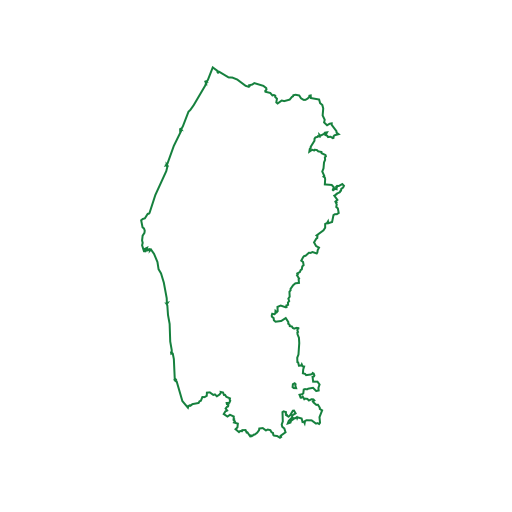 outline of Marche, Macerata, Italy, rotated 224°
{"feature_id": "23120603B49951072422318", "entity_name": "Marche", "entity_type": "district", "adm_level": 2, "iso_a3": "ITA", "parent_name": "Italy", "parent_adm1": "Macerata", "projection": "equal_earth", "projection_center": [13.047, 43.328], "detail": "fine", "context": "isolated", "style": "outline", "palette": "green", "viewbox_px": 512, "rotation_deg": 224, "n_neighbors": 0, "source": "geoboundaries", "source_scale": "gbopen_adm2", "svg_char_len": 6149}
<svg xmlns="http://www.w3.org/2000/svg" viewBox="0 0 512 512"><g transform="rotate(224 256 256)"><path d="M150.4,117.2L145.9,117.5L145.8,119.1L144.4,120.2L144.9,121.2L142.6,123.5L140.1,122.5L139.7,123.2L134.8,122.2L134.2,123.0L134.8,123.5L133.6,124.3L133.6,125.8L132.9,126.5L132.4,129.7L132.8,132.8L133.8,134.2L131.6,136.9L127.7,137.4L127.0,139.3L124.7,140.7L122.4,140.0L120.8,140.5L119.3,139.3L118.3,139.3L115.7,141.2L112.5,141.9L112.2,143.3L113.4,143.8L112.3,149.7L115.8,151.6L118.5,151.4L120.4,152.6L121.8,155.6L128.5,162.1L128.2,163.4L126.0,164.5L124.9,163.1L123.8,163.2L123.7,162.5L121.0,163.0L120.8,165.3L122.0,170.3L121.3,171.2L118.2,170.3L119.2,166.6L117.9,164.8L117.9,160.1L116.8,157.6L115.5,160.1L116.3,161.8L115.7,165.0L116.3,165.5L115.1,166.5L114.7,168.4L113.7,167.9L114.0,168.8L110.3,170.8L107.2,168.9L106.4,170.1L104.9,169.5L106.1,171.3L105.6,172.9L101.8,176.4L96.5,177.1L95.5,178.6L93.9,179.0L94.1,180.5L98.4,184.2L101.2,190.9L103.8,190.3L104.8,191.2L108.1,192.0L109.2,190.8L112.9,190.6L114.1,190.9L113.7,192.6L115.1,192.7L116.5,191.6L117.6,188.8L119.8,188.9L121.6,187.5L121.8,186.5L124.7,187.3L124.9,185.7L125.5,185.1L128.3,186.4L126.7,188.8L126.6,190.1L128.9,193.1L128.3,194.3L126.6,195.6L126.3,196.8L123.4,200.8L118.9,200.7L117.5,202.8L119.5,204.5L121.0,207.7L124.5,208.3L127.6,205.3L131.4,208.4L130.7,209.6L131.0,210.6L132.8,211.5L133.9,211.2L133.6,210.4L134.3,208.8L137.2,205.1L138.8,205.3L140.8,204.2L143.3,207.3L144.6,209.9L145.9,209.0L147.8,209.8L147.4,208.6L148.9,206.9L151.7,208.7L152.5,208.4L155.7,211.5L157.0,214.6L164.3,223.3L168.3,227.0L171.7,228.5L173.1,229.7L173.0,230.5L174.8,231.4L175.4,232.8L174.8,234.0L176.9,232.5L178.1,230.3L179.5,229.8L181.3,230.2L183.0,229.0L184.2,229.9L185.8,229.7L186.8,230.9L191.5,232.0L192.7,226.8L196.3,222.3L198.5,222.2L200.2,223.6L202.5,223.4L203.4,224.2L204.2,225.7L202.3,226.9L202.2,228.1L203.8,230.0L202.0,230.0L202.1,231.4L205.2,234.3L203.8,237.5L198.9,239.8L198.5,240.4L199.8,241.5L199.0,243.2L200.7,244.7L200.8,246.6L203.1,247.8L203.5,250.1L207.1,253.5L207.3,255.4L208.3,256.3L209.0,260.8L208.7,263.7L206.4,266.5L209.3,269.0L209.3,269.7L213.1,270.6L213.1,271.7L214.2,272.1L213.3,274.9L214.1,276.9L213.8,278.2L215.5,280.7L215.4,282.5L218.0,284.4L220.2,284.1L221.3,288.0L221.3,289.6L220.5,290.5L220.2,295.1L218.9,296.1L218.1,298.1L214.1,300.0L214.3,301.1L215.7,303.1L216.5,305.8L219.7,304.9L223.7,306.1L224.7,310.4L224.4,311.4L225.7,313.1L226.7,312.9L225.3,321.3L225.9,324.4L228.5,327.1L227.8,329.1L228.2,330.8L226.8,329.7L224.9,333.3L228.7,339.3L228.3,340.8L226.9,342.2L226.4,344.4L230.2,347.1L232.3,347.0L233.7,349.1L236.2,350.1L235.7,350.6L236.6,350.9L236.4,352.9L241.6,353.8L240.9,356.3L241.3,356.7L240.0,360.1L240.5,361.1L240.2,362.0L241.3,363.5L240.9,365.8L241.5,367.6L243.9,367.7L245.1,363.8L246.2,362.9L245.6,361.7L246.4,361.9L246.4,361.3L244.5,360.0L245.8,359.1L246.2,356.9L246.7,356.9L247.7,359.5L250.9,359.7L256.2,355.3L259.6,359.3L261.1,360.3L262.6,360.0L262.7,361.1L267.0,362.8L268.3,365.9L272.1,370.6L273.1,373.2L275.0,374.8L275.0,376.3L276.2,376.9L280.2,375.5L281.2,376.3L283.9,374.5L285.8,374.5L287.6,373.2L287.5,372.3L289.4,371.4L290.1,368.1L291.7,370.4L291.7,371.8L292.5,372.5L294.0,379.5L295.4,381.1L295.6,382.6L294.5,384.4L294.7,385.2L293.2,386.1L294.7,387.3L293.2,387.3L291.9,391.1L292.1,392.6L290.8,394.3L290.0,391.3L288.2,392.0L286.8,391.6L285.2,393.6L282.6,394.1L282.3,394.8L283.3,395.9L283.4,397.3L281.2,401.0L283.7,400.7L284.9,401.7L292.6,402.9L293.7,404.0L294.9,402.3L295.7,399.4L299.8,399.4L301.2,401.7L305.7,403.4L310.1,408.8L313.2,410.7L316.1,410.5L319.3,412.4L326.3,407.7L328.2,409.5L328.9,408.4L328.2,407.6L328.2,405.1L328.9,402.7L330.2,401.4L333.2,400.7L336.4,401.5L339.5,399.5L340.8,397.6L340.3,396.6L340.7,395.4L340.4,391.9L343.3,387.0L345.5,385.7L346.4,380.7L348.1,380.6L350.2,383.7L352.6,383.7L353.5,384.7L355.0,384.2L355.7,382.9L359.0,383.2L363.3,380.7L364.0,381.1L364.1,383.0L365.3,383.9L368.9,383.5L377.3,379.2L377.8,376.7L379.5,374.1L378.6,373.6L378.7,372.7L381.7,371.2L392.1,369.9L397.0,367.9L399.8,365.4L410.3,363.0L410.6,361.5L411.4,361.6L411.3,362.5L418.1,361.6L413.0,349.4L412.7,347.8L413.7,346.3L413.9,345.5L413.0,347.2L412.3,347.1L412.6,346.7L411.9,345.9L413.1,346.2L411.8,345.3L410.9,343.2L405.6,321.2L404.7,315.4L404.8,312.9L398.7,298.5L398.0,295.8L398.5,295.3L398.5,294.4L398.2,294.1L398.4,295.2L397.9,295.7L398.2,295.3L397.4,295.1L398.2,294.7L396.6,293.6L391.6,278.1L383.9,261.0L383.6,259.8L383.9,259.6L383.7,258.6L383.3,259.2L383.8,259.7L382.7,259.5L383.3,258.9L381.7,258.5L379.5,254.7L370.8,230.0L362.5,213.0L362.5,211.8L363.2,211.1L362.1,205.9L363.2,203.9L363.4,201.9L357.5,197.8L355.7,198.0L353.6,196.9L352.3,195.1L351.7,191.9L348.8,188.1L346.6,186.7L345.4,184.6L339.9,181.6L339.2,182.2L340.5,183.0L339.0,182.9L338.9,183.0L338.3,183.1L341.0,183.7L340.1,186.1L339.0,183.8L339.1,184.3L338.5,183.8L337.4,185.5L338.1,185.0L338.6,185.4L338.0,185.7L338.7,186.4L338.0,186.0L337.3,186.8L336.8,186.3L337.4,185.7L335.7,186.5L336.7,186.4L337.2,187.0L336.4,187.4L336.0,186.7L336.0,187.7L330.8,186.7L322.7,183.2L316.9,178.8L312.2,177.5L303.8,172.8L290.9,163.6L287.5,160.3L287.6,159.4L287.0,160.7L286.8,159.7L287.3,159.7L287.1,159.9L287.1,160.4L287.4,159.6L285.4,158.8L278.4,152.5L270.9,147.1L258.3,134.9L251.3,129.8L250.1,128.6L250.2,127.7L249.1,126.9L248.8,128.0L248.1,128.0L243.5,124.8L228.7,110.8L228.7,110.1L228.2,112.4L228.5,110.3L227.6,110.2L227.9,111.0L228.0,112.4L227.5,110.6L226.0,110.7L208.2,100.5L199.6,99.6L200.5,101.3L199.3,102.5L199.7,102.9L198.9,103.8L198.9,105.2L195.2,110.4L195.7,112.2L195.1,113.6L196.6,117.3L195.0,118.7L194.3,121.2L196.4,123.6L194.5,125.8L190.2,126.4L189.4,127.9L186.7,127.9L186.0,131.0L186.3,133.3L186.9,133.7L184.9,134.9L182.5,133.8L181.8,134.6L179.5,134.1L175.8,135.5L175.1,134.3L174.0,134.0L173.2,131.8L175.0,129.9L174.0,129.2L172.4,129.7L171.6,128.4L172.1,127.1L171.9,125.2L169.4,124.8L170.1,122.9L169.4,119.9L165.0,120.7L164.4,123.7L160.5,125.1L159.1,123.5L158.4,123.5L158.3,122.5L156.3,122.4L156.1,121.0L152.6,122.8L150.3,119.8L150.4,117.2ZM138.6,187.1L140.4,189.4L139.8,191.3L138.5,191.3L137.6,190.0L135.3,188.8L137.1,187.2L138.6,187.1Z" fill="none" stroke="#15803d" stroke-width="2"/></g></svg>